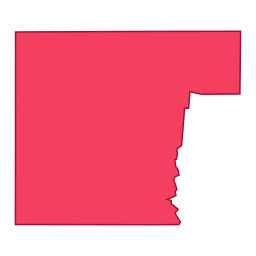 Edwards, Texas, United States of America (Natural Earth projection)
{"feature_id": "52423323B96652215547422", "entity_name": "Edwards", "entity_type": "district", "adm_level": 2, "iso_a3": "USA", "parent_name": "United States of America", "parent_adm1": "Texas", "projection": "natural_earth1", "projection_center": [-100.041, 29.957], "detail": "fine", "context": "isolated", "style": "filled", "palette": "rose", "viewbox_px": 256, "rotation_deg": 0, "n_neighbors": 0, "source": "geoboundaries", "source_scale": "gbopen_adm2", "svg_char_len": 495}
<svg xmlns="http://www.w3.org/2000/svg" viewBox="0 0 256 256"><path d="M240.6,31.3L154.5,31.4L15.6,32.0L15.4,224.5L155.5,224.7L178.8,224.6L180.4,222.2L175.0,213.1L178.1,209.2L171.3,203.9L171.2,200.6L167.0,199.3L176.0,195.7L175.1,191.9L176.9,189.2L173.6,179.5L175.3,176.7L179.0,175.1L178.1,170.0L175.7,166.4L174.8,159.5L176.5,159.2L177.5,153.3L176.6,149.4L181.6,145.4L184.6,108.1L188.6,108.4L189.9,91.7L201.7,94.2L239.9,94.0L240.6,31.3Z" fill="#f43f5e" stroke="#9f1239" stroke-width="1.5"/></svg>